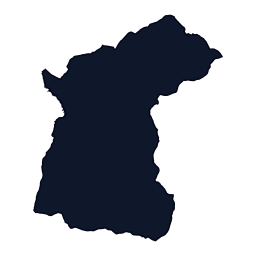 outline of Bixad, Covasna, Romania, rotated 90°
{"feature_id": "2599482B49492640514301", "entity_name": "Bixad", "entity_type": "district", "adm_level": 2, "iso_a3": "ROU", "parent_name": "Romania", "parent_adm1": "Covasna", "projection": "albers", "projection_center": [25.86, 46.11], "detail": "fine", "context": "isolated", "style": "filled", "palette": "ink", "viewbox_px": 256, "rotation_deg": 90, "n_neighbors": 0, "source": "geoboundaries", "source_scale": "gbopen_adm2", "svg_char_len": 5786}
<svg xmlns="http://www.w3.org/2000/svg" viewBox="0 0 256 256"><g transform="rotate(90 128 128)"><path d="M209.9,222.0L210.4,222.0L212.3,220.4L212.4,217.9L213.0,215.9L213.0,213.8L213.9,209.1L215.1,207.1L215.4,205.4L215.3,204.5L213.7,201.6L212.3,197.7L213.3,194.4L213.9,193.7L218.7,192.0L220.3,191.1L221.9,190.8L222.6,189.9L223.4,188.1L224.4,187.4L225.6,187.1L226.5,186.5L228.0,185.3L228.1,184.5L228.0,183.8L227.2,181.8L227.0,180.7L227.2,179.7L229.6,173.5L230.6,169.2L230.6,167.8L230.3,165.3L230.6,163.1L230.5,162.1L228.6,157.7L228.4,153.7L227.8,151.0L228.6,149.2L229.1,148.6L229.5,147.8L229.8,144.4L231.4,142.8L233.7,139.8L233.6,138.8L233.2,137.5L232.9,136.2L233.1,135.1L232.8,134.5L232.8,133.1L231.9,131.6L231.5,129.8L231.6,128.8L232.1,127.0L232.0,125.7L234.3,123.3L234.7,122.2L235.1,115.5L235.6,115.2L236.2,114.0L236.6,113.6L236.6,113.4L236.4,113.3L236.1,112.7L237.3,111.1L238.0,110.6L237.6,109.5L236.7,108.1L236.8,107.7L239.5,103.7L240.6,100.7L240.2,99.9L239.2,98.8L236.4,95.0L235.4,92.7L234.5,91.1L231.8,88.8L229.0,87.4L224.6,86.2L220.7,84.9L217.5,84.4L216.1,84.8L215.0,84.6L214.0,84.0L211.9,83.7L209.9,82.6L209.6,82.1L208.0,81.8L206.3,81.9L204.2,81.7L202.2,82.0L200.4,83.1L198.8,83.5L196.1,82.9L194.9,83.0L195.0,84.0L194.8,84.6L194.9,85.7L194.8,86.8L194.4,87.8L193.8,88.5L193.4,89.5L192.3,89.9L188.8,91.8L188.0,92.8L186.4,93.9L185.7,95.1L183.5,96.5L182.3,98.0L182.1,98.8L182.0,100.1L181.7,100.6L179.7,101.3L177.9,100.1L175.2,99.2L172.6,97.8L170.7,97.1L168.9,97.3L167.6,98.0L166.1,99.7L162.5,102.7L160.2,102.6L159.3,102.9L154.8,103.3L150.1,101.6L148.5,100.5L147.9,100.3L146.7,99.3L142.4,98.2L141.1,97.2L139.5,97.8L137.7,97.6L134.3,98.9L130.6,99.2L130.2,98.7L129.8,98.7L127.7,100.6L127.1,100.9L122.5,102.9L121.0,103.2L118.4,104.5L116.7,105.1L115.2,106.2L114.1,106.5L111.8,106.3L110.0,106.6L109.0,105.6L107.2,104.8L106.8,103.9L104.8,102.2L103.6,100.0L103.6,99.5L103.9,98.6L103.5,98.0L102.0,97.9L100.7,98.4L99.9,99.2L99.4,99.2L97.7,98.7L94.6,96.5L94.4,95.9L94.4,95.2L95.3,91.3L95.1,88.2L92.8,82.8L92.1,80.3L91.7,79.8L90.7,79.3L86.4,78.2L84.2,77.0L82.5,75.2L81.7,74.1L80.6,73.2L80.2,72.6L80.1,72.0L80.3,70.7L80.0,69.4L79.8,67.6L80.3,65.3L80.5,62.5L79.9,60.5L79.1,59.3L79.2,57.8L78.8,56.4L77.3,53.8L75.0,50.5L73.4,48.9L71.9,48.3L69.7,47.9L66.9,45.9L65.2,46.2L64.0,46.0L61.8,43.8L59.5,42.0L58.5,40.8L58.2,39.2L58.0,37.4L56.6,34.0L53.4,36.1L51.2,38.2L49.3,41.8L49.1,43.4L49.3,45.9L48.9,46.5L41.6,50.2L40.9,51.0L38.7,52.7L36.9,55.9L36.1,56.4L35.6,57.7L34.7,58.8L34.6,59.3L34.9,62.0L34.0,63.1L34.4,63.6L35.1,63.7L35.3,64.2L34.9,65.7L34.6,66.6L34.0,67.2L33.8,67.8L34.7,69.3L33.9,70.5L33.3,70.6L32.7,71.6L31.7,71.6L31.0,72.2L30.8,72.1L30.8,71.7L30.3,71.4L28.9,71.3L27.9,71.8L27.5,72.2L27.4,73.0L26.7,73.2L26.5,73.8L25.3,74.9L25.4,75.4L24.3,75.7L24.2,76.4L23.4,76.7L22.9,77.4L22.0,77.9L20.8,79.3L19.1,80.6L18.9,81.1L16.9,82.0L15.7,84.5L15.4,86.5L15.8,87.8L15.8,90.0L16.0,90.5L17.4,92.3L18.0,92.7L19.1,93.9L20.0,95.6L22.3,98.9L22.9,101.3L23.3,102.2L24.4,105.8L27.1,107.9L27.4,110.6L27.8,111.9L30.0,115.8L30.8,116.1L31.8,117.7L33.8,120.1L34.1,120.9L32.2,124.8L32.6,126.4L33.3,127.6L40.1,133.7L41.2,135.2L44.4,137.5L49.2,140.1L49.4,141.7L47.4,142.7L46.3,148.6L45.9,152.9L45.5,153.2L48.0,155.0L48.6,155.7L50.4,158.8L52.2,161.1L52.4,161.6L52.6,163.6L53.3,164.0L54.3,165.9L54.0,166.9L53.9,167.9L54.1,168.2L54.4,170.7L55.1,171.4L54.8,172.0L54.8,173.1L55.3,174.5L55.7,176.0L55.8,177.5L56.1,178.2L56.3,180.5L56.5,181.2L56.9,181.9L58.2,183.0L58.8,184.3L60.0,185.8L64.4,187.6L66.5,188.9L69.3,187.0L73.2,189.6L73.4,190.2L74.3,191.6L75.8,192.4L77.3,194.2L78.4,194.9L79.4,195.0L78.5,197.9L74.7,205.1L69.5,210.7L70.5,211.6L70.5,212.2L71.2,212.5L71.6,213.4L72.1,213.0L72.7,213.1L73.3,213.8L74.4,213.4L75.0,212.9L76.3,212.8L76.9,212.4L77.2,212.6L78.3,212.3L78.8,212.5L79.1,212.0L81.5,211.7L81.8,211.2L82.3,211.6L83.0,211.2L84.9,211.0L85.2,210.6L86.6,211.0L86.5,210.6L87.8,209.6L87.8,209.1L87.5,208.6L87.8,208.4L88.0,207.9L88.6,207.2L88.6,206.3L89.3,205.8L89.5,206.4L90.1,206.3L90.5,206.7L90.4,206.3L91.3,205.9L91.4,205.3L91.7,204.7L93.3,203.7L93.5,202.9L94.1,203.4L94.9,203.1L95.1,202.2L94.9,201.9L95.2,201.8L95.0,201.6L95.2,201.3L95.1,201.0L95.5,200.9L95.8,200.5L95.9,200.1L96.1,199.9L96.0,199.2L96.3,199.0L96.6,199.0L96.7,198.8L96.9,198.9L97.8,198.8L98.7,198.0L99.4,197.7L99.3,197.1L99.9,197.0L100.0,196.5L100.3,196.5L100.6,196.2L101.1,196.0L101.2,194.9L101.8,194.9L102.0,195.5L102.3,195.6L102.8,195.3L102.9,194.1L103.2,193.9L103.4,193.9L103.5,194.2L104.0,194.3L104.4,193.8L105.5,193.6L105.6,193.4L105.9,193.8L106.1,193.5L106.9,193.7L107.2,193.3L107.5,192.5L108.4,192.4L108.7,192.1L109.6,192.6L109.4,192.1L110.0,191.5L110.3,191.5L110.5,191.2L111.6,191.5L111.5,191.3L111.8,191.1L111.9,190.6L113.0,190.9L112.9,190.6L113.3,190.6L113.9,189.6L114.1,189.5L114.6,189.8L114.5,190.2L114.8,190.4L114.8,191.0L115.2,191.0L115.6,191.3L116.1,191.1L116.0,191.5L116.6,191.9L117.0,191.9L116.9,192.2L117.4,192.3L117.3,192.6L117.7,192.8L117.6,193.1L117.8,193.3L117.7,193.7L117.9,194.2L117.8,194.6L118.1,194.7L117.8,195.2L117.7,196.1L118.2,196.4L118.1,197.3L119.3,198.5L119.8,199.3L121.2,200.1L121.7,200.1L121.8,200.8L122.5,200.4L123.8,200.7L124.0,200.5L124.5,201.1L125.1,201.4L125.7,201.1L127.4,201.3L128.0,201.7L129.9,201.9L132.5,202.8L133.7,203.5L134.6,203.6L135.0,204.0L136.4,203.0L136.5,202.0L137.3,201.5L138.7,201.8L140.2,202.5L142.0,202.4L144.5,204.3L146.4,204.6L148.0,205.3L148.3,205.7L149.3,206.2L150.7,207.6L151.8,208.3L152.4,209.4L155.2,209.6L157.5,211.3L158.1,212.2L159.2,212.9L162.6,213.4L164.5,213.2L166.1,213.8L166.9,214.0L171.6,213.4L173.9,212.8L176.2,212.8L178.7,213.5L180.9,214.9L183.7,215.5L184.8,215.4L190.2,216.6L193.3,218.4L194.4,218.6L196.8,219.4L199.5,219.5L204.1,220.9L205.5,220.7L205.9,221.1L207.0,221.2L207.4,221.5L209.1,221.5L209.9,222.0Z" fill="#0f172a" stroke="#020617" stroke-width="1.5"/></g></svg>